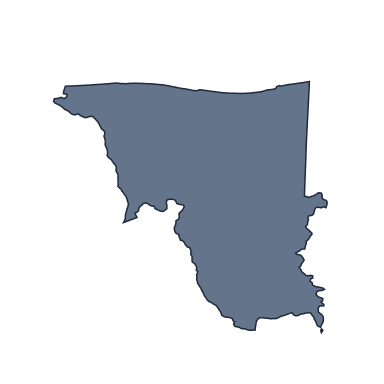 the district of Canavieiras, Bahia, Brazil, rotated 279°
{"feature_id": "56859067B52664621948498", "entity_name": "Canavieiras", "entity_type": "district", "adm_level": 2, "iso_a3": "BRA", "parent_name": "Brazil", "parent_adm1": "Bahia", "projection": "natural_earth1", "projection_center": [-39.146, -15.611], "detail": "fine", "context": "isolated", "style": "filled", "palette": "slate", "viewbox_px": 384, "rotation_deg": 279, "n_neighbors": 0, "source": "geoboundaries", "source_scale": "gbopen_adm2", "svg_char_len": 5075}
<svg xmlns="http://www.w3.org/2000/svg" viewBox="0 0 384 384"><g transform="rotate(279 192 192)"><path d="M319.5,290.6L318.8,288.7L318.0,286.1L317.0,283.3L316.2,280.5L315.4,277.8L314.5,275.4L313.9,273.1L313.3,270.8L312.7,268.9L311.6,266.2L310.5,263.3L310.7,261.4L309.4,259.3L307.1,258.3L305.9,255.4L304.6,250.2L303.3,247.9L302.2,245.5L301.2,242.4L300.4,239.6L299.5,236.4L298.5,232.6L297.9,229.7L297.3,226.6L296.6,222.0L296.2,219.3L296.0,216.9L295.4,213.3L295.1,209.3L294.8,205.3L294.7,202.3L294.6,198.3L294.5,195.7L294.4,192.1L294.4,188.6L294.3,185.5L294.2,183.5L292.8,181.0L292.4,177.0L292.7,174.2L292.7,172.0L292.8,169.8L292.7,167.4L292.7,162.6L292.9,160.2L293.0,158.1L293.0,155.7L293.2,153.1L293.2,149.9L293.3,147.3L293.2,145.2L293.0,142.8L292.8,139.8L292.7,137.3L292.5,135.0L292.2,132.6L291.9,130.1L291.6,127.4L291.4,125.5L291.1,123.5L290.8,120.5L290.4,117.9L289.9,115.6L289.5,113.0L288.7,110.2L287.9,103.9L287.9,100.9L287.3,98.3L286.8,96.1L286.2,93.8L285.7,91.6L285.0,88.9L284.2,85.4L283.6,82.8L283.2,80.8L282.7,78.6L282.0,76.0L281.6,74.1L280.9,70.7L280.3,68.1L279.6,64.8L279.1,62.3L278.5,59.8L277.9,56.7L277.6,55.0L277.2,53.1L276.7,50.4L271.3,49.5L269.0,49.6L268.9,53.1L266.8,53.5L265.3,52.4L264.2,50.8L265.0,48.0L264.0,45.8L263.1,43.6L262.5,41.4L259.8,41.1L258.4,42.8L257.9,44.6L256.7,48.4L255.4,51.0L253.9,52.9L253.0,56.0L252.2,57.9L250.5,60.3L249.8,62.5L250.0,64.7L251.4,67.2L249.9,70.2L249.3,72.2L248.7,74.5L249.1,76.3L250.7,79.2L251.0,82.1L249.9,83.8L247.8,86.5L246.2,88.3L244.8,89.5L242.8,90.9L241.1,92.0L239.7,93.5L238.8,95.3L237.6,96.3L235.9,96.8L233.5,96.3L230.8,97.6L228.4,98.6L226.8,98.6L225.2,98.8L223.2,99.9L221.5,101.1L219.8,102.0L216.9,102.5L214.7,102.5L213.1,104.0L211.3,107.2L209.6,108.8L207.7,110.5L206.3,112.5L204.4,113.4L202.7,113.4L201.2,113.6L199.4,114.8L197.2,116.4L195.0,116.6L192.7,117.0L190.7,117.3L188.6,117.8L186.0,118.0L184.7,119.6L183.8,121.4L181.9,122.6L180.3,124.6L178.9,125.7L177.8,127.1L175.5,128.6L173.6,129.4L171.3,130.6L169.4,131.1L167.6,131.0L165.2,130.4L162.9,130.3L161.0,130.0L158.4,129.8L155.4,130.3L153.2,129.8L151.1,129.1L158.2,141.7L160.3,140.2L162.4,139.1L163.6,141.0L164.9,142.1L167.4,142.1L169.4,142.8L171.0,144.5L172.6,145.4L173.8,147.0L173.8,149.8L172.5,152.1L171.9,154.1L171.8,157.1L169.8,158.0L169.0,160.8L168.3,163.3L168.2,166.2L169.8,168.3L171.6,169.8L173.9,169.5L175.5,169.1L177.4,168.3L179.9,168.4L180.9,169.8L181.7,172.8L181.6,175.9L180.3,177.5L178.2,178.8L177.8,181.7L177.9,183.8L177.6,185.8L175.9,186.6L173.2,185.7L171.4,184.5L170.1,183.3L168.6,182.5L166.8,183.0L164.6,183.4L162.8,182.7L161.2,180.7L159.1,180.9L157.5,181.0L155.3,180.4L153.4,180.1L151.7,180.7L150.1,181.4L148.7,182.8L148.0,185.4L145.5,186.4L144.1,187.3L142.5,188.2L142.6,190.1L141.0,192.2L139.0,193.7L137.0,195.9L136.7,198.2L135.3,199.4L133.7,200.0L132.0,200.5L130.0,200.6L128.4,202.2L125.1,202.6L122.9,203.2L121.8,205.6L120.1,207.3L118.0,208.5L115.5,208.4L114.3,210.1L112.7,210.0L111.0,209.4L109.2,210.1L106.6,210.2L104.6,211.2L102.8,211.8L100.0,214.2L97.9,216.2L96.4,216.9L95.1,218.2L93.5,219.2L91.4,220.5L89.7,222.2L87.5,224.2L86.4,226.2L86.0,228.2L84.8,230.3L84.0,233.0L82.2,235.2L80.2,236.9L77.8,239.2L75.0,240.6L74.0,242.9L73.6,245.0L74.0,247.4L73.8,249.5L73.1,251.8L70.9,253.0L70.1,254.7L68.1,253.7L66.1,255.2L65.8,257.5L65.9,259.6L65.0,261.5L64.8,263.5L65.1,265.8L64.5,268.5L64.5,271.4L65.2,274.0L65.6,276.1L67.1,275.7L69.0,275.8L71.4,275.8L73.8,275.8L75.8,276.4L77.9,277.9L78.8,280.2L78.9,283.4L79.1,286.0L79.1,289.7L79.7,292.1L80.1,294.8L81.2,296.7L82.7,298.6L83.7,300.6L84.9,303.1L86.2,305.3L87.4,307.5L88.4,309.9L86.5,311.5L86.0,313.7L86.6,316.2L88.3,318.2L89.0,320.7L90.1,323.1L91.0,325.8L90.9,328.3L89.0,329.9L87.7,331.7L86.0,332.4L84.5,333.5L82.9,334.9L80.9,335.8L79.4,337.2L78.5,340.1L80.7,340.5L83.7,341.7L85.9,341.8L88.0,341.5L89.7,340.8L91.1,339.4L92.0,337.9L93.2,335.7L95.9,334.9L98.0,335.1L99.5,336.2L99.8,338.1L100.1,340.0L101.6,339.8L102.5,338.0L103.6,336.7L105.0,338.0L107.2,337.9L107.8,335.0L108.3,332.9L110.2,330.5L113.0,330.8L114.3,332.8L115.1,335.9L116.5,338.1L117.5,336.6L117.8,333.8L117.9,331.2L118.0,328.3L119.0,325.7L121.4,324.7L122.3,322.6L124.8,322.8L126.0,324.8L128.2,324.2L128.1,321.4L127.3,319.6L127.4,317.6L128.9,315.6L129.9,313.4L132.2,311.8L134.2,309.7L136.2,311.1L138.2,311.4L140.0,312.4L142.2,313.4L144.6,311.7L146.6,309.4L146.9,307.3L146.7,305.3L147.9,303.9L149.1,305.4L150.8,307.6L152.9,309.5L153.3,312.3L155.1,312.3L157.3,312.6L159.3,312.9L161.1,312.4L162.6,313.8L164.5,315.0L166.7,315.5L168.3,316.9L170.0,317.0L171.6,314.8L173.0,312.8L173.8,311.1L175.3,309.6L178.0,311.1L180.4,310.9L182.8,311.4L184.7,310.5L186.8,311.1L187.7,314.2L189.6,315.6L191.6,315.6L193.2,316.0L194.9,316.1L196.2,317.2L196.7,319.6L196.5,322.1L198.0,324.2L197.4,326.7L200.6,327.2L202.7,327.2L204.7,326.1L205.0,323.6L206.3,321.5L208.0,321.3L209.7,320.8L211.2,319.9L211.0,316.9L209.5,315.5L208.3,313.9L207.0,312.3L206.4,310.6L204.9,308.3L205.5,306.0L205.3,303.7L261.4,296.9L263.3,296.7L315.9,291.1L319.5,290.6ZM77.1,341.3L75.4,340.8L73.3,341.8L75.8,342.9L77.1,341.3Z" fill="#64748b" stroke="#1e293b" stroke-width="1.5"/></g></svg>